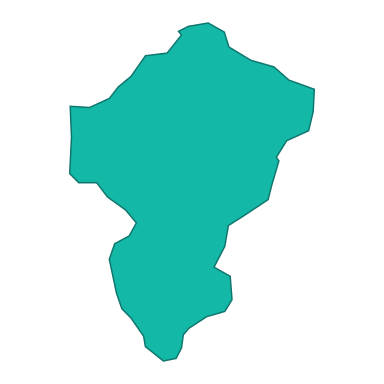 outline of Höör, Skåne, Sweden
{"feature_id": "70781695B95937301884210", "entity_name": "Höör", "entity_type": "district", "adm_level": 2, "iso_a3": "SWE", "parent_name": "Sweden", "parent_adm1": "Skåne", "projection": "natural_earth1", "projection_center": [13.542, 55.959], "detail": "fine", "context": "isolated", "style": "filled", "palette": "teal", "viewbox_px": 384, "rotation_deg": 0, "n_neighbors": 0, "source": "geoboundaries", "source_scale": "gbopen_adm2", "svg_char_len": 758}
<svg xmlns="http://www.w3.org/2000/svg" viewBox="0 0 384 384"><path d="M70.2,106.3L71.5,137.3L69.7,173.6L78.7,182.7L96.7,182.7L107.5,197.0L125.6,210.0L136.4,222.9L129.2,235.9L114.7,243.7L109.3,259.3L116.5,293.2L121.9,308.8L130.9,317.9L143.6,336.2L145.4,346.6L163.4,361.0L176.1,358.4L181.5,347.9L183.3,334.9L188.7,328.4L206.8,316.6L212.8,314.9L224.8,311.4L232.0,299.7L230.2,276.3L214.0,267.2L224.8,246.3L228.4,225.5L242.8,216.4L268.1,199.6L271.7,185.3L278.9,160.9L276.3,157.3L286.7,140.7L308.6,130.7L313.2,111.6L314.3,89.3L288.9,80.1L273.9,66.9L250.9,60.3L228.9,47.0L224.3,32.1L208.2,23.0L188.6,26.3L178.5,31.3L181.5,35.0L167.1,53.1L145.5,55.7L131.0,76.4L118.4,86.8L109.4,98.4L89.5,107.5L70.2,106.3Z" fill="#14b8a6" stroke="#0f766e" stroke-width="1.5"/></svg>